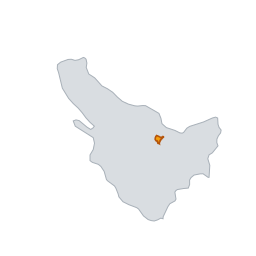 location of Peralta, Azua, Dominican Republic, rotated 217°
{"feature_id": "3306468B32455006078349", "entity_name": "Peralta", "entity_type": "district", "adm_level": 2, "iso_a3": "DOM", "parent_name": "Dominican Republic", "parent_adm1": "Azua", "projection": "albers", "projection_center": [-70.778, 18.591], "detail": "fine", "context": "in_parent", "style": "filled", "palette": "amber", "viewbox_px": 256, "rotation_deg": 217, "n_neighbors": 0, "source": "geoboundaries", "source_scale": "gbopen_adm2", "svg_char_len": 2864}
<svg xmlns="http://www.w3.org/2000/svg" viewBox="0 0 256 256"><g transform="rotate(217 128 128)"><path d="M45.4,167.9L45.7,158.9L47.1,155.3L45.8,151.5L40.2,147.4L36.7,142.1L33.6,137.4L34.3,136.8L40.5,136.6L42.7,134.9L46.9,130.2L47.8,126.4L47.5,123.5L44.8,120.0L43.7,116.3L47.1,113.2L51.5,108.6L52.1,106.8L52.0,105.0L46.9,100.1L46.6,98.0L49.0,92.7L48.8,89.2L46.5,78.2L45.4,76.6L47.6,75.7L49.1,72.4L51.1,69.5L53.8,68.0L56.8,67.0L62.7,67.1L70.9,69.7L73.2,69.6L81.1,67.3L87.6,66.1L93.8,67.5L96.3,69.5L101.4,72.6L103.9,73.6L111.9,73.5L114.1,73.8L120.9,79.0L126.6,81.0L129.9,81.1L135.8,79.1L138.7,79.1L142.1,83.6L142.8,89.9L145.6,95.7L150.0,99.4L171.2,97.7L176.0,100.7L174.4,103.2L171.4,104.5L161.3,104.0L156.9,104.4L156.0,106.9L156.0,109.2L161.9,109.7L167.7,110.8L173.7,112.6L179.7,113.9L186.5,114.6L193.2,115.9L204.4,120.3L216.8,130.5L220.2,132.8L222.4,136.1L221.4,140.1L217.1,146.7L214.6,148.8L211.0,150.1L208.5,152.8L206.1,157.5L204.7,157.9L202.9,157.7L199.9,155.1L197.8,151.2L191.8,147.5L184.7,148.0L174.2,145.9L167.9,147.0L161.6,147.3L155.1,146.3L148.6,145.9L142.1,147.3L135.9,149.8L133.5,151.3L129.5,155.0L127.4,156.4L112.1,158.3L107.6,155.6L103.5,151.9L97.6,151.4L89.1,154.3L83.7,155.3L81.6,156.5L80.9,158.0L80.9,163.2L79.7,166.4L71.3,178.3L66.6,186.8L64.6,189.4L62.4,189.9L58.3,185.1L55.7,183.3L52.4,182.4L51.1,179.8L51.1,176.1L50.3,172.6L48.3,169.8L45.4,167.9Z" fill="#d9dde1" stroke="#a8b0b8" stroke-width="1"/><path d="M100.5,139.2L100.4,138.9L100.4,138.7L100.5,138.6L100.7,138.4L100.8,138.3L100.8,138.2L100.7,137.8L100.6,137.6L100.5,137.4L100.5,137.1L100.4,137.0L100.4,136.9L100.2,136.8L100.2,136.7L100.2,136.4L100.1,136.1L99.9,135.9L99.8,135.7L99.7,135.6L99.3,135.3L99.3,135.2L99.1,135.2L98.9,135.0L98.8,134.9L98.7,134.9L98.4,134.9L98.2,134.8L97.9,134.7L97.7,134.6L97.3,134.8L97.2,134.8L97.2,135.0L97.1,135.3L96.9,135.3L96.7,135.2L96.4,135.1L96.3,134.9L96.1,134.9L96.0,134.7L95.9,134.7L95.9,134.4L95.6,134.2L95.3,134.1L95.2,134.1L95.1,133.9L94.9,133.7L94.7,133.7L94.5,133.8L94.4,134.0L94.2,134.1L93.9,134.2L93.7,134.2L93.6,134.3L93.4,134.3L93.5,134.4L93.6,134.5L93.9,134.9L94.0,135.0L94.2,135.3L94.2,135.5L94.2,135.8L94.3,135.8L94.3,136.0L94.4,136.4L94.4,136.9L94.5,137.0L94.8,137.1L94.9,137.3L95.0,137.4L95.0,137.5L94.9,137.8L94.7,137.9L94.6,138.0L94.5,138.3L94.5,138.5L94.9,139.0L95.0,139.0L95.0,139.4L95.0,139.6L94.9,139.7L94.9,139.8L94.6,139.8L94.4,139.9L94.4,140.0L94.5,140.3L94.5,140.5L94.5,140.8L94.4,141.0L94.3,141.3L94.2,141.5L94.2,141.8L94.1,142.0L94.3,142.3L94.5,142.4L94.8,142.3L94.9,142.2L95.0,142.2L95.0,141.8L95.0,141.7L95.2,141.4L95.6,141.0L96.1,140.5L96.2,140.4L96.3,140.4L96.5,140.2L96.8,140.0L97.0,140.0L97.4,139.9L97.5,139.9L97.8,139.8L98.0,139.8L98.3,139.8L98.5,139.9L98.9,139.6L99.0,139.5L99.3,139.5L99.5,139.6L99.9,139.5L100.1,139.4L100.3,139.3L100.4,139.2L100.5,139.2Z" fill="#f59e0b" stroke="#b45309" stroke-width="1.5"/></g></svg>